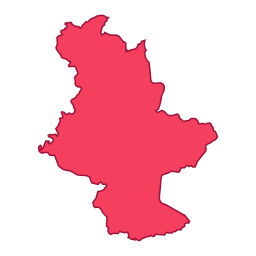 the district of Katanda, Kasaï-Oriental, Democratic Republic of the Congo
{"feature_id": "63176286B83227238071318", "entity_name": "Katanda", "entity_type": "district", "adm_level": 2, "iso_a3": "COD", "parent_name": "Democratic Republic of the Congo", "parent_adm1": "Kasaï-Oriental", "projection": "orthographic", "projection_center": [23.871, -6.077], "detail": "fine", "context": "isolated", "style": "filled", "palette": "rose", "viewbox_px": 256, "rotation_deg": 0, "n_neighbors": 0, "source": "geoboundaries", "source_scale": "gbopen_adm2", "svg_char_len": 4679}
<svg xmlns="http://www.w3.org/2000/svg" viewBox="0 0 256 256"><path d="M145.0,40.3L141.4,41.4L140.8,44.0L139.0,43.8L137.7,45.2L137.7,46.5L135.7,48.6L133.8,49.4L130.8,49.8L129.6,51.4L127.8,50.2L127.0,51.6L125.6,51.3L126.1,50.2L125.6,42.7L123.0,41.4L119.2,36.4L116.7,35.2L111.4,35.1L108.3,34.3L104.9,32.4L104.5,33.6L103.0,34.2L102.2,34.5L101.5,34.8L101.3,34.1L101.0,33.3L100.8,32.6L101.0,31.6L101.3,30.7L101.5,29.7L101.7,28.8L101.9,27.8L102.4,27.0L103.5,25.4L104.0,25.3L104.5,25.1L104.6,24.2L104.6,23.4L104.7,22.5L105.7,21.4L106.2,21.3L106.8,21.2L107.0,19.3L107.7,18.4L108.4,17.6L106.8,17.5L103.3,15.4L100.2,15.4L99.2,15.6L96.4,16.2L94.6,17.5L91.2,18.8L87.5,22.1L85.8,21.8L85.2,22.8L82.8,24.8L80.8,28.1L79.6,27.8L78.8,26.5L75.8,26.4L72.6,24.8L71.5,23.1L71.1,22.5L70.0,22.3L68.9,23.0L65.9,22.8L65.1,23.7L65.1,24.1L65.3,24.4L67.0,25.7L67.2,26.5L66.2,28.2L65.0,28.2L64.3,29.6L61.3,30.6L60.9,31.5L61.0,32.6L62.5,34.4L62.1,35.2L60.1,35.3L59.2,35.8L57.9,36.5L57.0,37.6L57.4,44.1L56.1,47.2L56.3,48.9L57.5,50.6L58.9,52.8L60.2,53.9L60.6,54.8L61.5,57.1L63.5,58.5L65.6,58.7L69.7,61.7L70.2,61.5L70.6,62.4L68.5,65.7L68.9,66.4L69.1,66.6L74.8,66.3L75.7,67.6L76.1,68.5L78.0,73.2L76.9,75.0L75.2,76.2L75.0,77.0L74.8,77.8L75.4,81.6L75.1,83.7L75.8,85.5L77.7,86.8L79.6,87.0L80.3,87.1L81.2,88.1L81.2,88.3L81.3,89.5L79.6,91.8L78.8,94.2L77.0,95.3L75.7,97.6L72.0,99.6L71.2,100.6L71.0,101.3L71.9,103.3L73.3,104.8L73.7,107.5L75.1,109.4L75.0,109.8L74.4,112.6L72.9,113.7L71.3,114.2L70.4,113.7L68.9,113.0L67.6,114.4L66.1,114.3L64.0,112.3L61.7,111.9L61.6,112.1L61.4,112.5L62.6,115.8L62.7,117.5L62.1,118.3L60.4,118.0L59.7,118.5L60.2,121.3L60.2,121.7L59.2,122.9L58.4,125.8L55.8,128.6L58.5,134.2L57.6,135.9L56.6,135.9L56.2,134.6L55.7,134.4L55.3,134.2L54.2,134.7L49.9,134.6L49.5,134.8L48.3,135.3L48.5,136.5L53.0,138.7L53.5,140.2L52.7,141.7L50.6,143.6L48.9,143.7L48.1,143.0L48.2,142.5L48.3,142.4L49.4,141.8L48.7,141.1L45.8,141.0L42.9,148.3L42.5,148.7L41.6,148.3L41.1,146.0L40.4,145.3L39.5,145.8L38.5,148.1L38.7,149.2L40.6,149.7L39.1,150.5L39.3,151.4L41.6,153.1L46.0,152.4L47.4,152.5L47.9,152.6L49.3,154.6L49.8,155.3L54.5,155.3L55.6,157.9L58.5,165.8L63.1,169.5L70.8,171.1L77.4,174.9L86.8,175.7L88.8,176.6L89.4,176.8L91.7,182.8L97.8,184.4L100.2,182.3L101.2,182.4L103.0,184.3L105.8,184.2L106.7,185.4L104.2,189.1L104.1,189.4L102.0,190.8L97.9,191.5L96.0,198.4L92.9,202.2L93.8,206.4L95.2,207.5L97.6,207.2L99.2,207.6L100.6,208.7L102.8,212.7L106.7,216.8L107.0,218.1L107.1,218.7L106.5,224.2L106.7,226.3L108.6,228.4L107.9,230.9L108.7,232.7L109.9,234.0L110.7,234.4L113.0,233.3L113.8,233.4L117.9,233.5L119.6,231.5L124.5,232.7L127.2,232.1L127.4,232.2L127.9,232.7L128.8,236.1L128.3,237.3L128.1,237.5L129.9,238.1L131.4,239.3L133.5,239.3L134.8,240.0L134.8,238.7L135.2,238.2L137.4,240.0L139.1,240.6L139.9,240.5L142.0,238.6L147.7,236.4L149.1,236.6L150.7,235.2L152.4,236.4L153.9,236.4L155.9,234.3L164.3,234.9L164.6,234.9L166.3,232.3L167.6,232.7L168.1,232.9L171.8,233.0L173.4,231.7L175.2,231.6L178.0,229.6L181.0,229.8L181.7,228.1L184.7,226.2L184.6,224.0L186.9,222.7L188.6,223.1L189.6,221.4L187.8,219.1L184.8,215.3L182.0,213.9L177.7,211.4L174.4,209.6L165.9,204.7L162.2,203.4L160.5,201.8L159.4,199.3L159.5,194.9L160.2,188.6L160.9,179.2L161.8,175.2L164.5,174.2L165.3,173.9L166.2,173.6L167.1,173.3L169.0,172.6L169.8,172.1L170.6,171.7L171.3,171.2L172.2,171.3L173.1,171.5L174.0,171.6L175.8,171.8L176.7,172.0L177.6,172.1L178.5,172.2L179.1,171.8L179.6,171.4L180.3,169.6L180.7,168.7L181.1,167.8L183.6,167.8L184.5,167.8L185.1,167.1L185.7,166.5L186.3,165.8L187.1,165.7L187.8,165.7L189.3,166.5L190.2,166.1L191.0,165.7L191.8,166.3L192.6,166.9L194.3,166.9L195.2,166.9L195.5,166.0L196.2,164.2L196.5,163.4L196.9,162.5L197.2,161.6L197.8,160.9L205.6,151.2L206.1,149.6L205.6,147.9L205.8,145.5L206.8,144.5L211.1,142.4L213.4,140.4L214.7,140.1L216.8,138.1L217.5,136.7L215.4,131.7L213.7,130.8L212.9,127.4L211.6,125.8L210.9,123.8L210.0,123.2L209.8,123.1L207.7,123.1L205.9,124.3L203.4,123.6L202.7,123.4L200.8,123.7L198.9,124.1L198.2,121.9L196.5,119.4L195.3,118.8L194.7,118.5L191.0,118.6L190.3,119.2L188.7,120.6L186.0,120.7L184.5,121.4L183.0,121.2L181.4,119.5L179.8,118.6L178.5,114.7L177.8,114.2L176.6,114.1L172.9,115.5L169.2,115.5L167.3,114.7L164.6,111.8L162.0,110.4L158.0,112.3L156.6,111.8L155.7,110.7L158.3,109.2L160.0,104.2L160.9,100.4L161.7,95.3L163.3,92.2L164.2,89.1L164.2,86.1L162.9,84.1L160.8,82.9L158.5,83.0L155.5,83.3L153.0,83.1L151.2,81.7L150.8,79.8L150.2,73.0L150.1,71.5L149.8,69.0L149.3,63.9L148.7,61.9L148.0,61.4L147.3,60.9L145.7,58.0L145.5,57.1L145.3,56.2L145.1,55.4L144.9,54.5L144.8,53.6L144.6,52.7L145.1,51.8L145.7,50.9L146.2,50.0L145.6,49.3L145.0,48.7L144.4,45.8L144.3,42.7L145.0,40.3Z" fill="#f43f5e" stroke="#9f1239" stroke-width="1.5"/></svg>